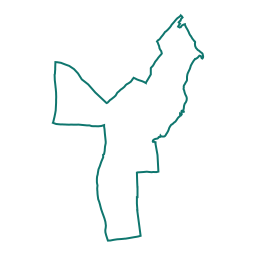 the district of Manokwari Selatan, Papua Barat, Indonesia
{"feature_id": "22746128B90822416479405", "entity_name": "Manokwari Selatan", "entity_type": "district", "adm_level": 2, "iso_a3": "IDN", "parent_name": "Indonesia", "parent_adm1": "Papua Barat", "projection": "robinson", "projection_center": [134.051, -1.607], "detail": "fine", "context": "isolated", "style": "outline", "palette": "teal", "viewbox_px": 256, "rotation_deg": 0, "n_neighbors": 0, "source": "geoboundaries", "source_scale": "gbopen_adm2", "svg_char_len": 5309}
<svg xmlns="http://www.w3.org/2000/svg" viewBox="0 0 256 256"><path d="M182.5,17.5L182.4,17.4L182.2,16.8L181.6,16.1L181.0,15.9L180.7,15.4L179.9,16.4L179.2,16.9L178.6,17.4L177.6,18.0L176.5,19.1L175.3,20.5L174.1,22.0L173.3,22.9L172.7,23.6L171.7,24.7L171.0,25.9L170.0,27.3L167.9,29.6L167.3,30.2L167.2,30.3L166.9,30.5L166.2,31.2L166.1,31.3L165.1,31.9L163.0,34.9L162.5,35.5L161.0,37.3L160.1,38.6L159.4,39.4L157.7,40.5L157.1,41.4L157.0,41.5L157.7,42.5L158.1,43.6L158.3,44.2L158.6,44.9L159.1,46.1L159.5,48.3L160.2,49.7L161.2,51.1L161.6,52.6L161.8,53.5L161.7,53.7L161.6,53.8L161.1,54.5L160.3,55.3L159.3,56.5L158.7,57.2L158.2,57.8L157.1,59.4L155.2,61.7L153.7,64.5L152.8,65.9L151.9,66.8L150.9,67.9L150.8,68.2L150.8,68.4L150.8,72.4L150.8,73.5L150.8,74.5L150.6,74.8L147.3,80.4L145.8,82.8L145.8,83.0L143.8,81.9L141.9,81.1L139.3,80.3L137.1,79.5L135.0,78.4L133.6,77.8L133.1,78.6L132.5,79.2L132.1,80.0L131.6,80.6L130.8,81.7L128.8,83.1L127.6,83.8L126.8,84.2L125.7,85.1L124.4,86.8L122.5,88.4L120.9,89.5L120.3,90.0L119.1,91.2L117.3,92.7L116.6,93.9L116.1,94.8L115.6,95.6L114.0,97.1L113.7,97.3L112.7,98.1L111.2,99.3L110.1,100.0L108.5,101.7L107.5,102.7L107.0,103.0L107.3,103.3L106.5,103.0L96.6,93.7L95.3,92.5L89.7,86.1L88.2,84.4L84.0,81.1L81.8,79.4L78.0,73.4L74.0,69.1L70.4,66.7L69.2,65.9L65.3,64.5L60.9,62.8L57.0,62.2L55.4,62.1L55.2,67.8L55.2,69.9L55.1,70.5L54.9,74.0L54.6,74.6L54.8,80.2L55.2,83.7L55.5,86.4L55.6,87.7L55.7,88.1L56.1,92.9L56.1,93.3L56.1,93.9L56.2,97.0L56.1,99.7L56.1,101.8L56.1,102.8L55.7,110.5L55.1,113.9L54.7,115.8L54.5,116.8L53.8,119.7L53.2,122.2L52.9,122.8L54.2,123.3L56.2,124.0L60.4,124.4L62.1,124.4L69.2,124.7L70.7,124.6L71.3,124.6L75.3,124.7L78.6,124.6L87.0,125.4L88.0,125.4L89.5,125.4L91.7,126.1L93.2,126.2L94.1,126.2L95.4,126.2L98.3,126.3L99.2,126.2L101.3,126.0L104.1,125.1L104.1,126.7L104.5,129.1L104.9,133.9L105.3,137.7L105.7,141.5L105.7,143.2L105.0,146.7L104.9,148.1L104.8,149.1L104.7,150.9L104.1,154.0L103.1,154.8L103.2,157.3L101.6,161.0L101.2,162.0L99.8,166.2L98.5,169.3L97.9,172.8L97.7,174.4L97.1,176.5L96.9,178.7L96.9,182.2L97.1,183.6L97.5,185.4L97.2,188.3L97.3,190.5L97.4,191.2L97.5,193.4L97.6,194.7L97.9,197.0L98.1,198.5L98.2,199.2L99.2,201.8L99.6,203.3L99.9,204.2L100.4,206.3L101.2,209.3L102.3,212.5L103.5,215.8L104.5,218.6L105.4,221.9L105.8,225.0L105.9,225.6L105.7,227.8L105.3,230.0L105.4,232.3L106.2,235.4L107.0,237.9L107.9,240.6L110.4,240.5L113.9,239.8L117.2,239.3L121.6,239.0L124.6,238.7L125.3,238.7L128.9,238.1L134.0,237.2L136.5,236.8L138.1,236.5L140.6,235.8L137.2,210.1L137.4,210.1L137.2,207.7L136.9,203.6L136.9,197.1L137.5,197.1L137.5,187.1L137.4,187.1L137.2,182.7L136.9,172.6L137.4,172.4L139.1,172.3L143.7,172.0L146.8,171.7L149.4,172.0L151.7,172.2L153.1,172.0L156.4,172.1L158.4,171.6L157.5,155.0L155.4,143.3L155.6,143.0L155.5,142.7L155.5,142.2L154.8,142.1L154.1,141.8L153.7,141.7L153.1,141.9L152.8,141.3L152.9,141.2L153.0,140.5L153.4,140.0L154.2,139.4L154.9,139.1L155.9,138.8L156.7,138.7L157.2,138.6L157.7,138.4L158.3,137.9L158.7,137.1L159.2,137.1L160.1,136.9L160.3,136.3L160.5,135.6L160.9,136.1L161.6,136.5L162.0,136.5L163.3,136.5L164.1,136.5L164.7,136.2L165.1,135.9L165.7,135.1L166.6,133.5L167.1,132.9L167.4,132.3L167.8,131.6L168.3,130.6L168.6,129.8L168.9,129.0L169.2,128.0L169.8,126.9L170.2,126.2L170.8,125.4L171.2,124.8L171.6,124.5L172.2,124.3L172.9,123.7L173.3,123.3L174.0,122.6L174.6,122.2L175.4,121.6L175.8,121.1L176.4,120.2L176.9,119.6L177.2,119.0L177.7,118.3L178.4,117.4L179.0,116.9L179.7,116.4L180.1,115.8L180.1,114.8L180.1,114.1L180.6,114.6L181.2,115.1L181.5,114.7L181.8,114.1L181.4,113.6L181.3,113.0L181.4,112.1L181.5,111.4L181.7,110.8L182.2,110.8L182.6,111.3L183.0,111.9L183.7,111.9L183.8,111.4L183.4,111.0L183.0,110.7L183.2,110.1L183.5,109.6L183.7,108.8L183.8,108.2L183.9,107.6L183.9,107.4L183.9,106.9L184.0,106.3L184.1,105.6L184.3,105.0L184.7,103.8L185.0,103.3L185.5,102.7L185.9,102.1L186.2,101.4L186.7,100.0L186.7,99.4L186.8,98.8L186.7,97.7L186.4,96.6L185.7,95.2L185.3,94.4L185.0,93.6L184.5,92.0L184.3,91.1L184.1,90.3L183.6,89.2L183.6,88.5L183.8,87.3L183.7,86.4L183.9,85.6L184.1,85.2L184.7,84.3L185.1,83.6L185.5,82.8L185.9,82.1L186.3,81.6L186.7,80.9L187.0,80.0L187.0,79.8L187.0,79.1L187.0,78.5L187.0,77.6L187.0,76.8L187.1,76.1L187.3,75.0L187.4,74.3L187.7,73.5L188.1,72.5L188.6,71.5L189.0,70.6L189.4,69.8L189.8,69.0L190.2,67.8L190.7,66.1L190.8,65.7L191.0,65.3L192.1,63.3L192.7,62.3L193.3,61.4L193.8,60.5L194.5,59.8L195.2,59.0L195.2,58.9L195.9,58.8L196.7,58.3L197.5,57.8L198.0,57.3L198.5,56.7L199.4,55.7L200.7,56.0L201.1,56.7L201.4,57.4L201.7,58.2L202.4,58.5L203.0,57.6L203.1,56.8L203.1,56.2L202.8,54.8L202.5,53.7L202.2,53.3L201.7,52.9L200.2,51.8L199.3,50.9L198.1,50.2L197.4,49.6L197.3,49.4L195.8,47.7L195.7,47.2L195.2,46.2L195.0,44.7L194.9,43.8L195.1,42.5L195.1,41.9L194.7,41.3L194.3,41.1L193.9,40.6L193.2,39.6L192.4,38.7L191.9,37.8L191.4,37.0L191.0,36.2L190.5,35.7L189.9,34.8L189.2,33.4L188.8,32.3L188.5,31.7L187.5,29.7L185.9,27.0L185.5,26.1L185.0,25.0L184.9,24.2L183.6,24.6L182.5,25.2L181.7,25.7L181.1,26.5L180.8,27.0L180.5,27.8L180.5,27.7L179.7,27.5L179.5,27.4L178.3,26.7L178.1,26.6L178.6,25.7L179.1,24.9L180.0,23.7L179.8,23.5L179.4,23.2L179.1,22.9L178.9,22.5L178.7,22.3L178.9,22.1L179.4,21.6L179.6,21.3L179.9,21.0L180.3,20.9L180.6,20.6L180.7,20.1L180.8,19.6L181.0,19.1L181.5,18.5L181.8,18.2L182.2,17.8L182.5,17.5Z" fill="none" stroke="#0f766e" stroke-width="2"/></svg>